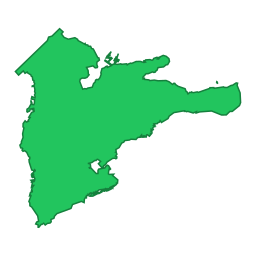 Weno, Chuuk, Federated States of Micronesia (Mercator projection)
{"feature_id": "79324940B39467357025683", "entity_name": "Weno", "entity_type": "district", "adm_level": 2, "iso_a3": "FSM", "parent_name": "Federated States of Micronesia", "parent_adm1": "Chuuk", "projection": "mercator", "projection_center": [151.86, 7.44], "detail": "fine", "context": "isolated", "style": "filled", "palette": "green", "viewbox_px": 256, "rotation_deg": 0, "n_neighbors": 0, "source": "geoboundaries", "source_scale": "gbopen_adm2", "svg_char_len": 5700}
<svg xmlns="http://www.w3.org/2000/svg" viewBox="0 0 256 256"><path d="M32.3,85.9L32.2,86.5L34.2,86.3L34.9,89.6L34.6,91.8L35.4,93.0L34.5,94.9L35.2,96.7L35.0,97.8L31.9,96.6L31.3,99.0L34.6,99.7L34.4,103.3L33.8,104.7L31.6,104.4L32.0,103.1L30.8,100.3L31.2,103.7L28.8,108.0L27.0,109.2L26.9,111.7L27.4,112.1L29.8,110.9L30.2,109.1L33.7,108.3L33.9,109.1L32.6,109.9L34.1,110.5L34.1,111.4L31.6,112.5L28.8,117.2L30.1,117.5L28.1,120.4L28.5,121.2L26.5,122.1L25.1,120.8L23.1,123.6L23.0,126.9L23.9,127.9L22.6,133.9L23.1,137.3L21.3,142.0L21.5,143.2L19.9,145.1L20.7,147.9L22.2,148.1L22.7,148.8L22.0,150.1L23.0,151.3L24.6,150.7L26.7,152.3L28.7,156.6L29.8,157.2L29.8,158.9L29.0,159.5L29.2,162.1L31.7,170.0L34.3,170.7L34.7,169.8L35.2,170.4L34.7,171.4L33.7,171.5L33.5,172.7L32.4,173.7L33.6,174.3L33.7,175.1L31.8,176.9L32.8,177.6L34.1,176.9L34.9,178.6L34.5,180.8L34.0,181.6L32.9,181.6L33.1,179.9L30.9,180.3L32.2,181.7L31.5,182.2L32.4,182.8L31.6,186.6L32.9,185.4L33.7,185.4L32.2,187.6L31.3,191.3L32.2,190.9L32.3,191.7L30.3,192.8L29.6,195.7L30.6,195.2L31.0,195.6L28.9,201.5L29.8,203.0L29.9,205.8L31.7,207.0L37.7,215.9L38.6,221.2L36.7,222.0L35.7,224.0L38.1,224.9L38.1,227.2L38.8,227.3L41.3,224.3L42.0,224.4L43.7,223.2L45.2,225.0L47.4,223.4L50.1,223.0L51.2,221.8L50.9,219.5L53.9,218.3L54.5,216.2L56.9,213.6L71.0,208.4L72.5,204.5L81.4,201.4L84.1,202.6L84.4,199.2L85.7,197.2L86.8,198.4L86.1,197.2L86.5,195.5L88.0,195.7L88.0,194.4L89.0,194.9L89.5,193.6L90.5,192.9L92.0,193.0L92.5,193.6L91.5,193.6L90.1,196.2L92.9,196.1L95.8,194.6L93.7,194.3L93.6,192.3L95.3,192.3L96.0,191.3L97.3,192.1L97.9,190.7L99.3,189.8L104.6,189.2L103.4,189.7L103.1,191.0L104.5,191.2L104.5,190.1L105.7,190.6L105.9,189.6L105.0,189.2L105.6,188.5L106.7,188.9L106.8,189.9L108.7,189.3L107.3,188.6L109.5,188.8L109.8,187.5L112.9,186.0L112.1,187.3L112.8,188.0L112.9,187.1L116.5,184.4L116.4,183.1L117.5,183.1L117.8,179.9L112.6,175.5L113.7,174.2L109.1,174.4L108.4,173.8L108.8,170.0L110.0,169.5L109.5,168.6L110.3,168.6L108.5,165.7L107.5,165.2L106.0,166.2L104.8,168.0L98.7,169.1L98.0,170.4L98.0,173.5L96.1,173.5L90.8,167.8L89.5,168.2L89.3,167.6L90.7,167.4L90.4,164.7L89.8,163.6L87.8,163.5L91.7,162.6L95.1,160.3L95.9,160.6L97.2,159.3L98.1,159.5L100.6,161.4L98.4,163.7L101.6,167.4L103.5,166.9L103.8,165.6L105.7,164.4L107.0,162.1L112.6,158.4L115.1,158.2L115.9,158.8L116.8,158.1L116.8,156.7L115.5,156.1L116.9,154.2L116.2,152.3L115.6,152.2L116.2,151.3L115.8,149.5L119.1,147.6L121.7,143.1L123.8,142.1L124.7,140.6L129.5,140.0L130.9,139.2L136.0,139.5L137.7,137.5L141.4,137.1L141.4,136.5L140.2,136.5L141.6,134.9L141.9,136.9L142.6,137.2L143.8,137.1L143.3,136.0L143.9,135.7L144.9,136.1L144.7,137.0L146.3,137.0L146.6,134.9L147.4,134.7L149.4,136.2L150.5,134.9L150.5,133.7L151.3,134.0L152.0,133.0L151.8,130.6L151.1,131.1L151.2,129.3L152.2,130.2L153.3,129.6L152.6,128.1L153.5,126.9L154.8,126.6L154.2,126.2L154.8,125.5L153.8,125.3L154.5,124.8L153.9,123.9L157.3,123.6L157.9,122.7L159.2,122.3L160.1,120.6L161.4,122.5L168.0,118.6L169.2,116.1L173.9,112.6L184.1,110.8L184.3,111.3L184.8,110.9L186.3,111.7L187.9,111.4L193.2,113.0L196.5,111.6L196.2,113.0L199.7,111.9L211.6,111.0L221.6,115.0L226.3,114.9L229.8,111.5L232.3,111.4L239.5,105.5L240.6,102.6L240.1,92.9L237.1,85.4L237.6,83.2L236.2,82.9L232.1,85.5L231.3,85.3L227.2,87.5L224.1,87.4L223.7,86.9L214.2,88.3L213.9,87.6L209.9,87.7L209.7,88.4L198.3,92.4L197.3,91.9L193.1,92.7L191.6,92.0L191.4,92.5L189.8,92.3L188.0,93.9L186.9,91.7L186.1,91.4L185.1,88.7L178.1,86.3L175.2,84.3L175.0,83.5L174.0,83.2L172.5,84.4L169.0,81.7L166.0,80.5L158.2,80.8L154.3,80.1L149.7,80.6L149.0,79.9L144.5,79.4L144.4,78.3L143.1,78.9L143.0,77.1L146.1,73.7L148.1,73.7L152.6,71.9L153.9,72.5L155.4,72.0L155.7,71.1L157.0,70.3L158.0,67.6L163.6,66.9L166.0,64.9L167.7,64.6L169.5,61.4L168.9,58.6L166.2,56.3L163.2,55.4L158.9,57.4L158.6,58.1L159.4,58.0L158.6,59.0L157.2,58.9L157.8,57.5L156.8,57.3L153.6,58.5L153.3,59.5L152.1,60.3L150.0,59.6L145.7,59.9L145.2,60.6L143.9,60.7L143.8,61.5L144.9,61.4L145.5,62.1L143.9,62.5L140.2,61.4L136.1,61.5L131.7,63.4L130.7,63.1L129.0,63.7L127.2,64.9L126.7,63.8L121.4,64.3L120.9,63.8L117.6,64.4L114.5,64.0L116.3,59.7L115.6,62.6L117.1,61.5L118.9,61.6L116.9,60.8L116.5,59.1L119.7,60.3L116.7,58.7L118.4,53.6L116.9,57.3L116.1,56.9L115.5,58.3L116.3,58.6L116.0,59.3L114.9,58.8L114.0,60.6L115.3,61.1L113.9,64.2L111.5,64.7L108.2,62.1L112.1,58.3L111.0,57.4L110.2,58.0L107.3,55.8L106.1,58.0L108.6,58.0L110.2,59.5L108.2,61.4L107.2,61.5L105.2,60.1L104.8,60.8L111.4,65.6L107.4,67.4L107.1,66.1L106.1,66.4L104.2,67.9L102.0,68.6L100.8,73.0L101.3,73.8L100.0,77.6L98.3,79.7L96.8,79.4L95.6,80.1L95.0,82.3L93.6,83.4L92.3,87.2L87.7,88.1L86.6,88.9L84.5,88.6L82.7,89.2L79.7,81.4L80.2,79.2L82.1,78.1L85.0,78.2L87.0,77.4L89.1,74.8L88.4,74.1L88.1,70.5L86.5,67.4L93.0,65.9L95.2,67.9L97.2,67.6L97.6,66.8L96.8,64.4L96.9,62.1L99.4,60.1L98.9,57.9L97.8,57.7L93.3,49.0L91.6,48.5L90.6,46.3L88.3,46.2L87.8,45.0L85.6,44.7L85.1,43.5L84.6,44.1L78.0,40.5L77.6,39.3L74.9,37.7L68.3,39.2L64.1,37.4L61.4,33.9L63.1,31.9L59.6,28.7L52.0,36.1L48.6,37.1L47.4,40.6L15.4,71.5L18.6,75.1L23.3,70.9L25.0,73.3L27.2,72.0L27.6,72.9L30.9,74.9L31.2,76.1L32.3,76.8L32.8,80.1L34.0,80.6L33.9,82.1L34.7,83.7L33.8,85.7L32.3,85.9ZM108.4,54.7L109.0,55.6L110.0,55.6L109.9,54.1L111.2,51.6L108.4,54.7ZM100.5,192.7L98.0,192.4L96.3,193.8L99.0,193.5L100.5,192.7ZM109.6,189.8L111.6,188.8L111.3,187.5L110.5,187.7L109.6,189.8ZM101.7,191.9L102.2,191.4L102.7,190.1L100.9,191.4L101.7,191.9ZM216.8,81.7L216.6,82.3L217.6,83.8L217.3,82.1L216.8,81.7ZM32.8,175.2L32.6,174.7L31.4,175.0L31.8,176.0L32.8,175.2ZM107.9,190.6L107.9,189.9L106.5,190.7L106.7,191.0L107.9,190.6ZM94.9,193.6L96.0,193.1L95.9,192.5L95.0,193.2L94.9,193.6ZM31.8,173.8L32.1,174.4L32.0,173.6L31.8,173.8Z" fill="#22c55e" stroke="#15803d" stroke-width="1.5"/></svg>